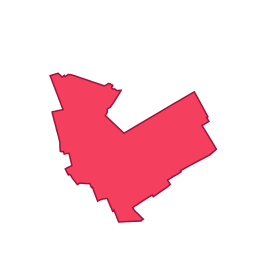 the district of Gugesti, Vrancea, Romania, rotated 328°
{"feature_id": "2599482B37813268107043", "entity_name": "Gugesti", "entity_type": "district", "adm_level": 2, "iso_a3": "ROU", "parent_name": "Romania", "parent_adm1": "Vrancea", "projection": "albers", "projection_center": [27.148, 45.569], "detail": "fine", "context": "isolated", "style": "filled", "palette": "rose", "viewbox_px": 256, "rotation_deg": 328, "n_neighbors": 0, "source": "geoboundaries", "source_scale": "gbopen_adm2", "svg_char_len": 4297}
<svg xmlns="http://www.w3.org/2000/svg" viewBox="0 0 256 256"><g transform="rotate(328 128 128)"><path d="M200.2,165.3L200.2,162.2L200.2,160.8L201.7,160.9L201.9,157.3L202.4,149.4L203.0,139.7L203.4,132.5L200.3,132.3L198.1,132.3L196.0,132.2L193.1,132.1L190.2,132.0L188.5,132.0L185.3,131.9L181.5,131.7L180.9,131.7L177.9,131.6L174.2,131.5L163.5,131.3L156.0,131.1L140.2,130.7L121.8,130.3L119.1,119.9L115.5,106.0L115.3,105.6L116.9,104.6L117.4,104.4L117.9,104.2L118.5,103.9L119.0,103.4L119.6,102.2L120.1,101.2L120.4,101.0L120.7,100.9L121.4,100.9L124.0,101.0L130.3,98.3L142.2,92.4L138.3,90.3L138.0,89.3L137.6,89.0L137.6,88.7L137.6,88.4L137.6,88.0L137.3,87.7L137.1,87.5L136.6,87.4L135.6,86.8L135.6,86.4L135.5,85.9L135.5,85.4L135.7,85.1L135.9,84.9L136.0,84.5L136.1,84.4L136.4,84.6L136.9,84.4L137.2,84.2L137.5,84.0L137.6,83.8L137.6,83.4L137.2,82.9L136.9,82.5L136.7,82.3L136.6,81.8L136.5,81.4L136.3,81.1L136.1,80.9L135.9,80.8L135.7,80.6L135.0,79.8L132.4,80.1L130.2,79.6L127.6,76.5L126.5,75.1L122.8,70.7L120.0,67.2L117.4,64.0L113.9,59.8L111.6,56.9L109.7,54.6L108.7,53.5L107.7,52.5L106.9,51.8L106.3,51.5L105.8,50.9L101.9,51.2L101.8,50.6L101.9,49.6L101.4,49.6L99.2,49.9L97.7,44.5L96.2,44.1L94.3,43.6L90.3,42.5L89.7,42.3L89.1,45.7L88.7,47.4L87.8,52.0L86.7,57.4L86.0,61.2L85.2,65.3L84.4,69.2L84.1,71.0L83.4,74.2L82.7,78.0L81.0,77.4L79.0,76.6L77.1,75.9L75.5,75.4L74.2,74.9L73.5,74.6L72.7,74.3L72.5,74.2L72.3,74.2L72.2,74.2L72.0,74.6L71.8,75.0L71.2,76.6L71.2,76.8L71.1,77.1L71.0,77.7L70.7,78.5L70.1,80.4L70.0,80.8L69.5,82.2L69.4,82.5L69.0,83.7L69.0,84.0L68.9,84.2L68.8,84.7L68.6,85.3L68.3,86.3L67.9,87.7L67.7,88.3L67.0,90.3L66.6,91.4L66.5,91.9L66.5,92.1L66.6,92.4L66.3,92.7L66.3,92.8L66.2,93.0L66.0,93.3L65.9,93.7L65.8,94.2L65.8,94.3L65.7,94.6L65.6,95.2L65.4,95.7L65.2,96.2L64.7,97.9L64.6,98.4L64.1,99.8L63.4,101.7L63.4,101.8L63.1,102.9L62.8,103.5L62.7,103.9L62.0,105.2L61.9,105.3L61.1,106.7L60.9,107.0L60.2,108.1L59.9,108.7L59.5,109.5L59.3,109.8L59.2,110.2L58.7,110.9L58.2,112.0L58.7,112.5L59.4,113.0L60.7,113.8L60.6,114.4L60.3,115.3L60.3,115.7L60.1,116.3L60.5,116.5L61.5,116.8L62.4,117.2L63.1,117.5L64.1,118.0L64.6,118.3L64.5,118.6L64.2,119.3L63.5,121.4L62.7,123.6L62.2,125.2L61.4,127.7L60.5,130.1L56.1,129.6L53.2,129.4L53.0,130.7L52.8,132.1L52.8,132.3L52.7,133.5L52.7,134.3L52.6,135.5L53.0,135.5L52.9,136.5L53.5,136.5L54.1,136.6L54.2,136.8L54.3,137.0L54.3,137.3L54.3,137.5L54.3,137.9L54.3,138.2L54.3,138.8L54.3,139.3L54.2,139.6L54.2,139.9L54.3,140.3L54.3,141.5L54.4,142.3L54.5,143.1L54.5,143.3L54.5,143.6L54.6,144.2L54.6,144.5L54.7,145.2L54.8,145.6L54.8,146.3L54.9,147.0L54.9,147.7L55.0,148.6L55.2,148.8L55.2,149.2L55.5,149.2L56.9,149.2L57.0,149.2L57.5,149.2L57.7,149.3L58.1,149.3L60.3,150.9L60.9,151.4L62.8,152.7L63.2,153.1L64.6,153.9L66.0,154.9L66.1,155.1L66.1,155.5L66.0,156.2L65.5,158.7L65.5,159.2L66.5,159.3L65.4,164.4L63.5,174.0L64.3,173.9L65.1,174.0L66.1,174.2L66.9,174.4L68.0,174.6L69.0,174.9L70.0,175.3L70.5,175.6L71.3,175.9L73.0,176.8L73.1,177.1L73.0,177.4L72.8,178.1L72.8,178.5L72.7,178.9L72.6,179.5L72.4,180.3L72.3,180.9L72.3,181.5L72.2,182.0L72.0,183.2L71.7,184.5L71.5,186.5L70.9,190.1L70.9,190.7L71.3,190.8L72.2,190.6L72.6,190.3L71.2,197.9L70.3,202.8L74.8,205.3L79.0,207.6L79.4,207.9L80.4,208.4L81.4,209.0L83.9,210.4L85.3,211.2L86.6,212.0L89.7,213.7L89.8,213.4L90.9,213.4L92.7,213.4L92.4,212.5L92.2,211.8L91.9,210.5L91.8,210.1L91.8,209.8L91.5,208.6L90.9,205.9L90.5,204.5L90.1,203.1L89.8,202.0L89.8,201.5L89.7,200.5L89.7,199.7L89.7,198.8L89.7,198.0L90.6,197.9L92.6,197.8L95.4,197.9L96.2,197.8L99.6,197.7L102.5,197.6L103.2,197.6L104.3,197.7L105.9,197.6L108.0,197.6L109.5,197.6L113.1,197.7L113.0,199.7L114.3,199.6L115.5,199.6L117.3,199.5L118.4,199.4L120.0,199.3L122.2,199.2L124.1,199.1L125.5,199.1L126.3,199.1L127.3,199.0L128.5,199.0L130.9,198.8L131.7,198.6L133.2,198.4L134.0,198.3L134.0,197.5L134.0,195.9L134.0,195.4L133.9,194.9L133.9,194.5L133.9,193.5L133.9,193.3L134.0,193.1L134.8,193.1L136.0,193.1L137.2,193.2L138.5,193.2L139.1,193.2L139.5,193.1L139.9,192.7L140.1,192.6L140.5,192.8L140.7,193.1L140.9,193.1L141.7,193.2L143.3,193.3L144.4,193.3L145.2,193.4L147.5,193.4L148.8,193.3L149.8,193.3L149.9,192.0L150.2,192.0L159.3,192.5L166.3,192.9L174.8,193.6L183.4,194.2L191.7,192.8L191.9,184.6L191.9,181.0L192.0,176.8L192.1,165.2L200.2,165.3Z" fill="#f43f5e" stroke="#9f1239" stroke-width="1.5"/></g></svg>